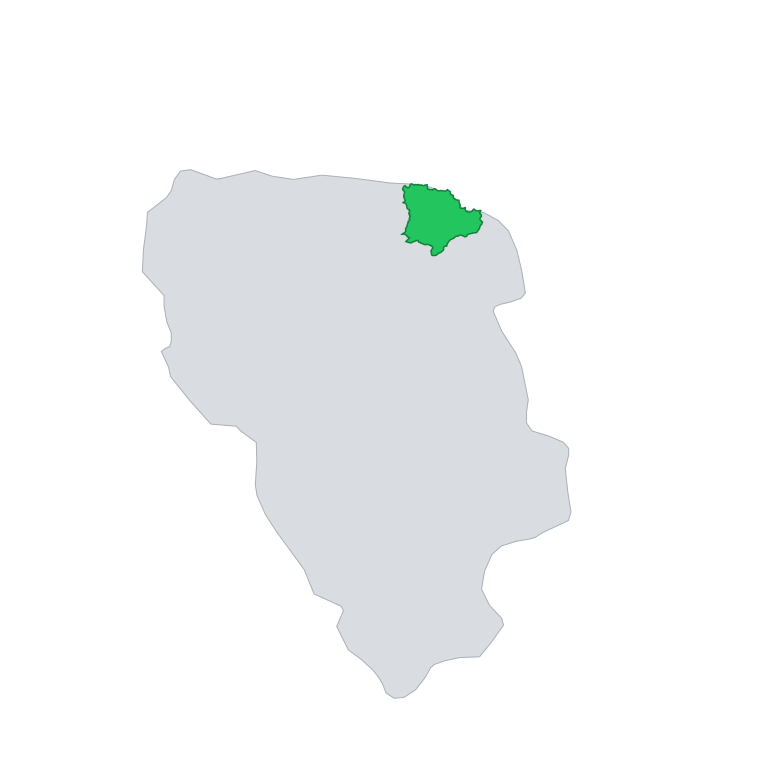 location of Laya, Gasa, Bhutan, rotated 61°
{"feature_id": "84629894B6989657948479", "entity_name": "Laya", "entity_type": "district", "adm_level": 2, "iso_a3": "BTN", "parent_name": "Bhutan", "parent_adm1": "Gasa", "projection": "equal_earth", "projection_center": [89.7, 28.07], "detail": "fine", "context": "in_parent", "style": "filled", "palette": "green", "viewbox_px": 768, "rotation_deg": 61, "n_neighbors": 0, "source": "geoboundaries", "source_scale": "gbopen_adm2", "svg_char_len": 7215}
<svg xmlns="http://www.w3.org/2000/svg" viewBox="0 0 768 768"><g transform="rotate(61 384 384)"><path d="M591.4,326.0L590.4,331.1L585.6,344.8L582.6,359.7L585.3,372.0L596.2,386.5L610.7,398.2L629.1,399.0L646.1,394.6L652.9,396.4L662.2,415.9L668.9,432.7L660.1,450.1L655.4,465.4L653.7,476.2L654.8,480.9L660.3,489.6L666.8,504.6L667.8,518.4L663.8,527.5L655.1,532.0L645.8,530.7L638.1,530.9L628.4,532.5L613.4,537.6L599.4,544.1L573.1,542.9L562.5,529.3L557.6,529.3L533.7,546.9L507.6,543.8L460.2,549.7L440.4,551.0L420.0,549.1L409.7,545.4L390.5,533.0L373.1,524.0L355.5,532.2L349.3,533.7L335.1,554.9L304.4,561.9L273.8,567.1L264.8,564.2L247.5,563.0L246.9,558.0L247.4,553.2L243.5,549.4L236.5,545.4L224.4,543.8L209.0,538.5L200.1,533.5L168.7,540.9L150.5,529.7L129.7,514.4L119.2,507.7L115.5,484.0L111.8,476.4L103.7,468.4L99.1,458.9L102.8,449.2L123.5,431.2L125.2,426.9L134.8,393.3L148.1,381.0L161.2,364.0L171.2,337.1L190.3,309.4L211.3,281.0L225.7,257.9L235.2,247.1L254.9,235.6L271.4,228.8L282.7,213.4L296.5,204.8L310.6,200.9L331.5,203.0L351.3,208.5L372.9,216.2L375.4,222.4L373.6,233.4L370.5,244.5L370.4,250.2L373.7,253.3L394.9,255.4L420.8,253.7L435.4,255.2L467.8,265.5L477.3,272.7L487.3,278.3L496.9,277.3L509.1,265.4L522.0,255.3L530.0,253.7L535.7,257.0L546.1,266.6L567.5,275.6L586.6,282.5L592.8,288.9L590.9,316.7L591.4,326.0Z" fill="#d9dde1" stroke="#a8b0b8" stroke-width="1"/><path d="M270.1,295.8L270.4,295.4L271.0,294.9L271.2,294.7L271.5,294.6L272.2,293.7L272.7,293.4L273.2,292.5L273.5,292.2L273.8,291.9L273.8,291.7L273.6,290.2L273.7,289.5L274.0,289.0L274.1,288.5L274.1,287.3L274.1,286.9L274.1,286.4L274.5,286.0L274.6,285.4L274.6,285.1L274.7,284.8L275.1,284.5L275.7,284.7L276.0,284.8L276.8,284.8L276.9,284.7L278.0,283.6L278.6,283.5L278.7,283.2L279.1,283.0L279.9,282.4L280.0,282.1L281.3,281.4L282.2,280.3L282.3,280.0L282.5,279.7L282.7,278.9L283.1,278.2L283.4,277.8L283.5,277.6L283.8,277.4L284.0,277.2L284.4,277.0L285.2,276.4L285.4,276.1L285.6,276.0L285.9,275.6L286.3,275.7L286.7,275.4L287.2,275.4L287.6,275.1L288.0,275.1L288.7,275.2L288.9,275.5L289.1,276.0L289.3,276.4L289.4,276.8L289.5,277.2L289.8,277.6L290.0,277.8L290.5,278.4L290.8,278.7L291.6,278.5L293.3,279.5L293.9,279.7L294.7,279.6L295.2,279.2L295.4,278.7L295.8,278.2L296.1,277.6L296.4,276.8L296.6,275.5L296.6,275.1L296.5,274.6L296.2,273.8L296.1,273.0L296.2,272.2L296.4,271.3L296.5,270.8L296.2,269.5L295.9,268.0L295.8,267.5L295.6,266.8L294.9,266.6L294.4,266.1L294.0,266.0L293.4,265.4L292.9,264.4L292.9,263.8L293.2,263.4L293.7,263.0L293.8,262.6L293.5,261.9L293.0,261.6L292.0,260.8L291.9,260.4L290.8,258.3L290.1,256.6L290.1,254.6L290.2,253.0L290.3,252.2L290.3,251.9L290.2,251.3L289.9,250.9L289.7,250.4L289.7,249.9L289.9,249.1L290.3,248.2L290.6,247.5L290.5,247.0L290.6,245.4L290.7,245.0L291.1,244.3L292.6,243.3L293.3,242.6L293.9,242.3L294.4,241.9L294.6,241.7L294.9,240.3L294.8,240.0L294.1,238.9L293.9,238.1L293.9,237.5L294.8,234.2L295.1,233.5L295.2,232.8L295.3,232.0L296.1,230.7L296.3,230.3L296.4,229.6L296.0,228.4L295.5,227.6L294.8,226.8L294.9,226.3L294.7,225.7L294.5,225.4L294.3,225.1L293.2,224.1L292.8,223.9L292.0,222.3L291.9,221.8L291.7,221.1L290.9,220.4L290.4,219.5L290.1,219.3L289.7,219.4L288.9,219.8L286.5,220.3L286.2,220.2L285.9,220.0L285.1,218.8L284.7,217.7L283.7,217.0L282.7,216.9L282.0,217.2L281.6,217.3L281.2,217.6L280.9,217.6L280.6,217.3L280.4,217.0L280.3,216.6L279.4,215.3L278.9,215.5L278.6,216.6L278.2,217.8L278.0,218.3L277.4,218.9L276.9,219.4L276.3,219.6L276.1,219.8L276.0,220.1L275.7,220.2L275.6,220.3L275.2,220.3L274.7,220.4L274.6,220.5L274.5,220.9L274.6,221.1L274.7,221.5L275.1,222.3L275.4,222.8L275.5,223.0L275.6,223.7L275.4,224.0L275.4,224.3L275.4,224.8L275.4,225.7L275.1,226.1L274.8,226.2L274.2,227.4L273.8,227.7L273.5,227.6L273.2,227.8L273.0,228.0L272.8,228.2L272.4,228.6L271.8,228.5L270.9,228.6L270.7,228.5L269.6,227.5L269.3,227.4L268.9,227.7L268.8,228.4L268.8,229.4L268.6,230.1L267.5,231.7L267.2,231.9L266.9,232.0L266.1,232.0L265.4,231.4L265.4,231.2L264.4,230.6L263.8,230.5L263.0,230.4L262.3,230.3L261.8,230.3L261.4,230.2L260.9,229.9L260.3,229.7L260.0,229.5L259.6,229.4L258.9,230.3L258.6,230.6L258.2,231.3L257.9,231.7L256.9,232.1L256.0,232.4L255.8,232.9L255.5,233.0L255.0,233.0L254.7,232.8L254.1,232.8L253.7,232.7L253.2,232.0L252.9,232.0L252.6,232.2L252.3,232.3L252.0,232.4L251.8,232.7L251.6,233.1L250.9,233.4L250.6,233.7L250.1,233.8L249.8,233.7L249.3,233.4L249.1,233.3L248.6,232.9L248.3,232.8L247.5,233.0L246.7,233.4L246.0,234.0L245.7,234.1L245.4,234.0L245.1,234.1L244.8,234.2L244.9,234.8L245.0,234.9L245.1,236.2L244.8,237.0L244.6,237.6L244.3,237.9L244.0,238.5L243.8,238.9L243.3,239.2L242.8,239.9L242.4,240.2L242.3,240.6L242.0,241.8L241.4,242.7L241.1,242.9L240.6,243.7L240.2,244.0L239.5,243.9L239.4,243.9L238.9,244.1L238.1,244.7L237.7,245.0L237.6,245.6L237.6,246.3L237.8,246.9L237.8,247.4L237.6,247.7L237.1,248.0L236.6,248.8L236.5,249.1L235.9,249.9L235.8,250.2L235.1,250.8L234.9,251.1L234.7,251.3L234.4,251.2L233.9,250.8L233.6,250.8L232.3,250.6L231.6,250.2L231.2,249.9L230.8,249.6L230.7,249.7L229.8,251.8L229.8,252.0L229.9,252.3L229.9,252.7L229.8,253.0L229.1,253.8L228.8,254.2L228.5,254.4L228.2,254.6L228.0,255.3L227.9,255.7L227.6,255.9L227.1,256.5L226.8,257.1L226.4,257.2L226.2,257.2L226.1,257.4L226.1,257.8L225.9,258.5L225.7,258.9L225.4,259.1L224.7,260.2L224.6,260.5L224.7,260.8L224.6,261.3L224.1,261.7L222.7,262.6L222.4,262.8L222.2,263.1L222.2,264.1L222.3,264.4L222.8,264.8L223.0,265.2L223.2,265.4L223.4,265.7L223.8,266.0L224.0,266.4L224.1,266.9L223.9,267.8L223.5,268.4L222.6,268.6L222.0,269.1L221.8,269.1L221.2,269.4L220.8,269.4L220.8,269.5L220.7,269.6L220.7,270.5L220.8,271.0L220.9,271.3L221.4,271.8L221.8,272.1L222.2,272.8L222.2,273.0L223.0,273.3L223.3,273.3L224.4,273.2L225.0,272.9L225.8,272.8L226.3,273.0L227.4,274.2L228.4,275.1L228.7,275.3L228.9,275.2L229.4,275.7L229.7,275.6L229.8,275.9L230.3,276.1L230.9,276.1L231.2,276.3L231.5,276.3L232.3,276.3L232.6,276.2L233.0,276.2L233.2,276.3L233.4,276.2L233.7,276.4L233.8,276.8L234.0,277.0L234.2,277.3L234.3,277.4L234.3,277.8L234.5,278.3L234.5,279.2L234.6,279.4L235.4,278.7L235.6,278.5L235.6,278.2L236.1,277.7L236.6,277.7L237.0,277.5L237.5,277.5L237.9,277.5L238.4,277.6L238.6,277.7L239.1,277.7L239.7,277.8L240.6,278.4L241.3,278.6L241.9,278.5L243.0,278.2L243.3,278.0L243.8,277.2L244.6,277.3L244.7,277.7L245.0,278.1L245.5,278.2L246.0,278.3L246.3,278.4L246.5,279.4L247.1,279.8L247.3,279.8L247.9,279.2L248.4,279.2L248.7,279.5L248.9,279.9L249.2,280.1L249.6,280.2L250.1,279.7L250.3,280.0L250.6,280.3L250.9,280.5L251.6,282.0L253.1,281.9L253.5,283.0L253.4,283.9L253.7,284.2L254.3,284.3L254.5,284.5L254.7,284.8L254.7,285.0L254.9,285.2L255.0,285.4L255.4,285.7L255.8,286.2L255.9,286.4L256.5,286.8L256.7,287.1L257.1,287.2L257.4,287.7L257.6,288.2L257.9,288.6L258.1,289.0L258.5,289.4L258.6,289.8L259.1,290.0L259.6,290.4L260.0,290.4L260.7,290.8L261.0,291.3L261.4,291.9L261.5,292.3L261.6,293.0L261.6,294.8L261.8,295.6L262.2,294.8L262.4,294.4L262.6,293.8L263.3,293.2L263.8,292.9L264.0,292.7L264.5,292.3L264.7,292.2L265.1,292.1L265.4,292.1L265.7,292.3L265.9,292.4L266.2,292.3L266.6,292.1L267.0,291.8L267.7,291.5L268.4,290.8L268.7,291.4L268.8,291.6L268.7,291.9L269.1,292.4L269.2,293.1L269.5,293.8L269.5,294.3L269.6,294.7L269.7,295.0L269.8,295.2L270.1,295.8Z" fill="#22c55e" stroke="#15803d" stroke-width="1.5"/></g></svg>